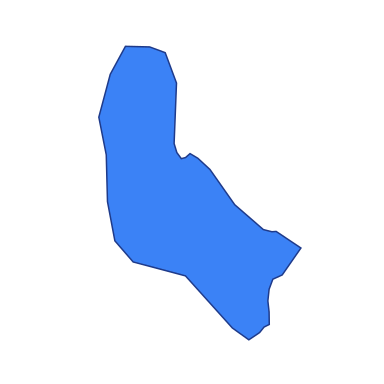 the border of Šmartno in Litiji, rotated 219°
{"feature_id": "SVN-5885", "entity_name": "Šmartno in Litiji", "entity_type": "Municipality", "adm_level": 1, "iso_a3": "SVN", "parent_name": "Slovenia", "parent_adm1": "", "projection": "equal_earth", "projection_center": [14.824, 46.018], "detail": "fine", "context": "isolated", "style": "filled", "palette": "blue", "viewbox_px": 384, "rotation_deg": 219, "n_neighbors": 0, "source": "natural_earth", "source_scale": "10m", "svg_char_len": 567}
<svg xmlns="http://www.w3.org/2000/svg" viewBox="0 0 384 384"><g transform="rotate(219 192 192)"><path d="M72.1,217.0L69.7,184.3L74.3,175.1L70.9,165.0L64.5,155.1L56.6,147.3L48.6,137.7L51.0,132.4L51.0,125.3L54.8,112.9L75.0,111.7L144.3,122.7L193.7,100.6L221.2,105.5L251.6,131.3L282.0,166.9L311.5,191.5L329.6,232.0L335.4,263.3L316.2,278.1L300.5,283.4L272.6,266.9L236.4,218.4L228.6,213.1L221.3,211.2L218.7,214.7L217.7,220.6L208.7,221.9L192.2,220.8L150.8,209.0L112.9,207.7L104.9,211.4L101.8,214.3L72.1,217.0Z" fill="#3b82f6" stroke="#1e3a8a" stroke-width="1.5"/></g></svg>